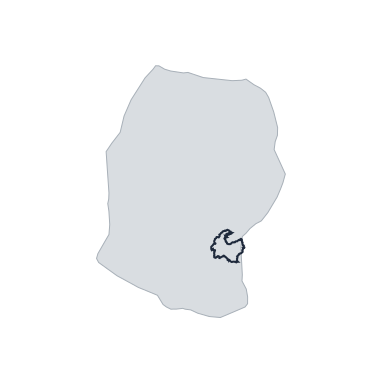 Mphaki, Quthing, Lesotho (highlighted), rotated 326°
{"feature_id": "5366337B73026559585968", "entity_name": "Mphaki", "entity_type": "district", "adm_level": 2, "iso_a3": "LSO", "parent_name": "Lesotho", "parent_adm1": "Quthing", "projection": "natural_earth1", "projection_center": [28.183, -30.161], "detail": "fine", "context": "in_parent", "style": "outline", "palette": "slate", "viewbox_px": 384, "rotation_deg": 326, "n_neighbors": 0, "source": "geoboundaries", "source_scale": "gbopen_adm2", "svg_char_len": 6185}
<svg xmlns="http://www.w3.org/2000/svg" viewBox="0 0 384 384"><g transform="rotate(326 192 192)"><path d="M243.3,251.5L234.3,254.4L233.1,254.7L227.3,254.0L219.7,254.7L213.6,256.4L208.9,257.0L201.3,265.6L187.4,288.8L183.7,293.7L182.7,302.8L179.5,310.0L175.6,315.7L171.7,317.0L160.1,314.8L145.3,311.9L136.7,304.9L129.0,295.7L125.0,289.0L120.8,285.3L119.3,283.3L113.3,280.2L111.0,278.6L109.0,277.4L106.5,273.0L105.1,269.1L105.6,258.3L101.4,251.9L94.1,241.0L89.5,232.0L83.1,219.7L79.2,209.2L75.2,198.3L75.7,193.7L79.5,190.5L90.7,185.0L99.4,180.8L105.6,173.0L112.4,161.4L115.7,154.5L119.0,151.3L122.6,146.4L128.9,135.5L135.9,123.4L143.4,110.5L152.8,106.7L165.8,102.4L178.2,91.0L193.1,81.5L217.0,71.1L228.2,68.5L232.4,67.0L235.1,68.9L238.0,74.9L242.0,79.8L251.5,88.5L255.5,90.6L265.2,103.3L275.6,112.1L287.6,122.2L295.8,127.2L299.9,128.6L303.3,137.6L306.8,144.2L308.8,150.5L308.4,156.5L304.5,171.4L299.0,186.5L294.5,192.8L289.1,196.8L283.8,202.8L281.8,215.0L279.4,229.3L272.5,235.2L267.1,239.0L259.7,243.8L243.3,251.5Z" fill="#d9dde1" stroke="#a8b0b8" stroke-width="1"/><path d="M191.1,275.5L191.0,275.1L190.5,274.4L190.6,274.2L190.9,274.0L191.2,273.9L191.5,273.4L191.7,273.0L191.7,272.9L192.1,272.6L192.2,272.2L192.6,272.1L192.8,271.8L193.1,271.6L193.4,271.4L193.4,270.9L193.4,270.6L194.0,270.5L194.3,270.3L194.7,270.4L195.1,270.3L195.3,270.2L195.8,270.2L195.9,269.9L196.1,269.7L196.6,269.7L196.9,269.7L197.0,270.0L198.1,270.0L198.5,270.3L199.0,270.2L199.5,270.0L199.8,270.1L200.1,270.1L200.4,270.0L200.9,269.4L200.9,268.8L201.1,268.4L201.7,268.3L201.9,268.0L202.3,267.9L202.7,267.5L202.8,267.1L203.1,267.4L203.6,267.5L203.8,267.6L204.1,267.4L204.3,267.4L204.5,267.2L204.5,266.8L204.2,266.3L204.2,266.2L204.3,266.0L204.3,265.8L204.4,265.5L204.6,265.4L204.3,265.2L204.3,264.8L204.4,264.7L204.6,264.6L204.7,264.4L204.7,264.2L204.7,263.6L204.8,263.4L205.1,262.9L205.5,262.4L205.3,262.3L205.3,262.1L205.6,261.5L205.6,261.2L205.8,260.7L206.1,260.0L206.2,259.5L206.6,259.6L206.7,259.3L206.7,258.8L206.6,258.5L206.4,258.2L206.2,258.2L205.6,258.1L205.3,258.2L205.2,258.5L204.9,258.7L204.2,258.3L203.9,257.9L203.6,257.9L203.2,258.0L202.1,258.0L201.8,258.1L201.6,257.9L201.3,257.8L201.0,257.6L200.7,257.4L200.2,257.4L199.6,257.7L199.4,257.7L199.0,257.2L198.4,257.2L198.0,256.8L197.6,256.4L197.4,256.4L196.7,256.3L196.4,256.4L196.0,256.4L195.7,256.7L194.2,256.5L193.8,256.0L193.4,255.8L193.3,255.7L193.1,255.6L192.8,255.4L192.7,255.2L192.3,254.5L192.2,254.3L192.5,254.0L192.5,253.5L192.6,253.4L192.7,253.2L192.6,252.6L192.3,252.4L192.2,252.2L192.5,251.3L192.9,251.0L192.8,249.6L192.8,249.3L192.8,249.0L192.8,248.8L193.2,248.6L193.6,248.2L193.8,248.1L194.0,248.1L193.9,248.3L194.0,248.6L194.0,248.8L194.5,248.2L194.6,247.9L194.7,248.4L195.0,248.7L195.2,249.1L195.3,249.2L195.2,249.0L195.3,249.0L195.6,249.1L195.3,248.5L195.3,248.4L195.7,248.4L196.0,248.6L196.1,248.3L195.8,248.0L195.7,247.8L195.9,247.6L196.2,247.6L196.3,247.4L196.1,247.1L196.1,246.8L196.3,246.8L196.5,247.0L196.7,247.6L196.8,247.7L197.0,247.7L196.8,247.5L196.8,247.4L196.9,247.1L197.0,247.0L197.3,247.1L197.2,246.8L197.0,246.7L197.0,246.4L197.0,246.2L197.5,246.2L197.6,247.0L198.0,247.2L198.4,246.9L198.6,247.3L198.7,247.6L199.0,247.9L199.2,247.7L199.3,247.5L199.4,247.3L199.4,247.1L199.6,246.9L199.7,247.1L199.7,247.3L199.8,247.4L200.1,247.6L200.2,247.9L200.0,248.1L200.3,248.3L200.8,248.4L200.8,248.1L200.9,247.9L201.0,247.9L201.3,248.0L201.6,248.3L201.8,248.3L202.4,248.3L202.3,248.2L202.2,248.2L202.4,248.1L202.2,247.8L201.9,247.0L201.4,246.5L201.5,246.4L201.7,246.2L201.3,245.7L201.1,245.4L201.1,244.4L200.8,244.0L200.6,243.7L200.3,243.5L200.3,243.3L200.2,243.1L199.7,243.0L199.2,243.2L198.3,243.1L197.5,242.8L197.4,242.7L197.5,242.4L197.1,242.4L195.9,241.9L195.2,241.9L194.9,242.0L194.6,242.4L193.8,242.4L193.4,242.2L193.1,242.2L192.8,242.4L192.0,242.7L191.8,242.7L191.2,242.6L190.8,242.6L190.7,242.8L190.7,243.3L190.3,244.0L190.1,244.1L189.7,244.2L189.2,244.5L188.8,244.6L188.4,244.0L188.3,243.9L187.4,243.2L187.2,243.1L186.8,243.5L186.4,243.7L186.2,243.8L185.4,243.7L184.9,243.7L184.7,243.8L184.6,244.1L184.3,244.3L183.9,244.6L183.6,244.7L183.2,244.9L183.0,245.1L182.8,245.3L182.3,246.5L182.3,246.8L182.6,247.4L182.7,247.7L182.6,247.9L182.3,248.0L182.0,247.9L181.9,247.8L181.8,247.4L181.6,247.3L181.0,247.2L180.4,247.3L179.5,247.8L179.2,247.8L178.8,247.9L177.6,248.1L177.3,248.2L177.1,248.4L176.9,248.8L176.4,249.8L176.3,250.0L176.1,250.0L176.0,250.3L176.0,250.5L175.9,250.8L175.9,251.2L176.2,251.1L176.4,250.9L176.5,250.4L176.6,250.5L176.5,250.9L176.8,250.8L176.9,251.3L177.1,251.3L177.3,251.0L177.5,251.0L177.4,251.2L177.5,251.4L177.5,251.8L177.5,252.0L177.4,252.2L177.2,252.2L177.2,252.3L177.6,252.6L177.7,252.8L178.4,252.9L178.5,253.0L178.4,253.2L178.4,253.4L178.3,253.5L178.2,253.5L177.8,253.6L177.7,253.8L177.2,254.1L177.1,254.3L176.8,254.3L176.7,254.6L176.4,254.7L176.3,254.8L176.1,255.1L176.1,255.3L175.9,255.5L175.7,256.2L175.6,256.4L175.4,256.5L175.2,256.7L175.1,256.9L175.1,257.0L174.9,257.3L174.7,257.2L174.6,257.4L174.4,257.9L174.4,258.3L174.3,258.5L174.4,258.8L174.0,258.7L174.0,258.9L174.1,259.2L174.1,259.8L174.1,259.7L174.5,259.8L174.7,259.6L175.1,259.7L175.3,259.8L175.9,259.6L176.3,259.6L176.6,259.6L176.8,260.0L177.0,260.0L177.0,259.9L177.3,259.7L177.5,259.6L178.1,260.0L178.3,260.3L178.3,260.5L178.3,261.0L178.1,261.4L178.0,261.9L177.8,262.1L178.0,262.3L178.2,262.2L178.9,262.1L179.1,262.1L179.3,262.3L179.7,262.2L180.3,262.4L180.9,262.4L181.3,262.5L181.5,262.7L181.8,262.5L182.0,262.6L182.5,262.4L182.8,262.6L182.8,262.8L183.0,263.0L183.1,263.3L183.2,263.6L183.3,264.0L183.2,264.3L183.3,264.7L183.4,264.8L183.6,264.9L183.7,265.2L183.7,265.9L184.0,266.6L184.1,266.8L184.1,267.4L183.9,267.3L183.8,267.5L184.0,267.7L184.0,268.0L184.0,268.3L183.7,268.5L183.9,268.7L183.9,268.9L184.1,269.0L184.2,268.9L184.3,268.7L184.4,269.0L184.3,269.3L184.5,269.2L184.5,269.3L185.0,269.4L185.0,269.5L185.1,269.8L185.0,270.1L185.1,270.4L185.1,271.0L185.3,271.3L185.7,272.2L186.0,272.3L186.3,272.5L186.6,272.6L186.9,272.6L187.1,272.8L187.6,273.0L188.2,273.5L188.5,274.0L188.9,274.0L189.1,274.1L189.2,274.3L189.1,274.5L189.3,275.1L189.8,275.2L190.2,274.9L191.1,275.5Z" fill="none" stroke="#1e293b" stroke-width="2"/></g></svg>